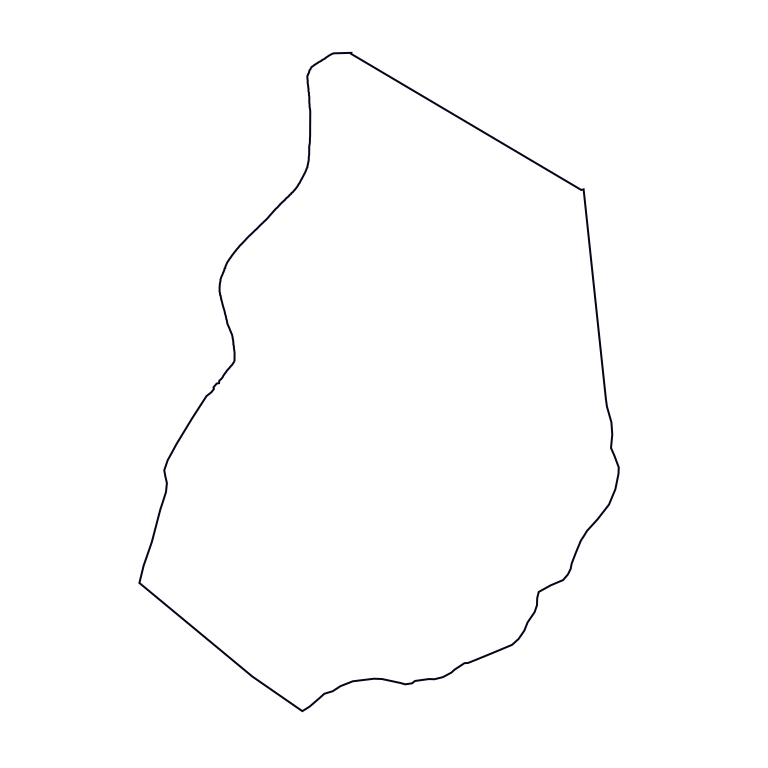 outline of Carriere, Micoud, Saint Lucia, rotated 92°
{"feature_id": "8701671B45853929817808", "entity_name": "Carriere", "entity_type": "district", "adm_level": 2, "iso_a3": "LCA", "parent_name": "Saint Lucia", "parent_adm1": "Micoud", "projection": "albers", "projection_center": [-60.947, 13.836], "detail": "fine", "context": "isolated", "style": "outline", "palette": "ink", "viewbox_px": 768, "rotation_deg": 92, "n_neighbors": 0, "source": "geoboundaries", "source_scale": "gbopen_adm2", "svg_char_len": 4887}
<svg xmlns="http://www.w3.org/2000/svg" viewBox="0 0 768 768"><g transform="rotate(92 384 384)"><path d="M54.2,428.2L55.2,444.4L55.2,445.3L55.6,446.6L55.9,447.5L57.2,449.5L57.7,450.5L58.4,451.3L58.9,452.0L59.4,452.8L60.0,453.5L61.4,455.2L61.7,455.9L62.4,457.1L63.3,458.1L63.9,459.1L64.7,460.6L65.4,461.4L66.1,462.5L66.8,463.5L67.6,464.7L68.9,466.2L69.6,467.3L70.3,467.7L71.3,468.3L72.3,468.6L73.1,469.4L74.0,469.6L76.0,470.0L77.0,470.7L77.8,470.8L78.7,471.3L79.9,471.3L81.2,471.2L82.2,471.1L83.4,470.8L84.6,470.8L85.9,470.8L87.1,470.5L87.9,470.4L89.1,470.1L90.3,470.1L91.1,469.9L91.9,469.7L92.9,469.7L93.9,469.7L94.9,469.5L95.8,469.1L96.8,469.1L97.8,469.1L98.6,468.9L99.6,468.7L100.5,468.6L101.5,468.6L102.3,468.6L103.8,468.5L105.0,468.5L106.3,468.3L107.6,468.1L108.7,468.1L109.7,468.0L110.8,467.8L111.7,467.5L113.2,467.4L114.0,467.2L115.6,467.2L116.9,467.1L118.4,467.1L119.7,467.1L120.8,467.0L121.6,467.0L122.4,467.0L124.0,466.9L124.8,466.9L126.3,466.9L127.8,466.8L129.2,466.8L130.0,466.8L131.4,466.7L132.7,466.7L134.0,466.6L135.2,466.6L136.4,466.6L137.2,466.5L138.4,466.5L139.9,466.5L140.8,466.6L142.3,466.6L143.0,466.5L144.0,466.5L145.8,466.6L146.8,466.6L148.0,466.9L148.9,467.0L150.2,467.0L151.2,467.0L152.4,466.9L153.4,466.9L154.4,466.9L156.4,466.8L157.4,466.8L158.6,466.9L159.5,467.1L160.5,467.1L161.3,467.0L162.1,467.0L163.2,467.1L163.9,467.2L164.8,467.3L165.9,467.6L167.0,467.7L167.9,467.9L168.7,468.1L170.1,468.1L170.9,468.6L172.3,469.1L173.5,469.5L174.8,470.0L176.2,470.6L177.6,471.3L178.9,471.9L180.3,472.6L181.2,473.0L182.2,473.5L183.4,474.2L185.1,474.9L186.1,475.4L186.8,475.9L187.5,476.4L188.2,476.7L188.8,477.0L189.8,477.6L190.9,478.3L191.8,479.0L192.6,479.6L193.5,480.3L194.2,480.9L194.9,481.4L195.9,482.4L196.3,483.1L197.1,483.4L197.8,484.1L198.7,485.2L199.4,485.5L200.1,486.3L200.7,486.8L201.4,487.8L202.5,488.8L203.2,489.1L203.7,489.8L204.9,490.9L205.8,491.9L206.5,492.6L207.2,493.1L207.7,493.9L208.4,494.2L209.4,495.2L210.3,495.8L211.6,497.0L212.4,497.9L213.2,498.7L214.4,499.6L215.2,500.3L216.2,501.2L217.2,501.9L218.0,502.7L219.1,503.5L219.9,504.2L221.7,505.6L222.9,506.6L223.9,507.5L225.5,509.1L226.5,510.1L227.4,510.9L228.8,512.4L230.3,513.8L232.1,515.4L233.2,516.4L233.8,516.9L234.3,517.6L235.1,518.4L235.8,519.0L236.7,519.9L237.9,521.0L239.1,522.2L240.2,523.3L241.2,524.3L242.5,525.5L244.0,526.8L245.0,527.6L245.9,528.4L246.8,529.2L248.0,530.2L248.8,531.0L249.9,532.0L250.9,533.0L252.2,533.9L253.0,534.5L254.3,535.6L255.2,536.3L256.1,536.9L257.5,538.0L258.4,538.6L260.3,540.0L261.0,540.5L262.1,541.1L263.4,542.0L264.7,542.9L266.4,543.9L267.0,544.4L267.7,544.7L268.8,545.3L271.0,546.1L271.8,546.4L272.5,546.7L273.7,546.7L274.2,547.4L275.9,547.6L276.6,548.0L277.4,548.1L278.1,548.6L279.3,548.9L280.1,549.2L281.0,549.6L282.5,550.2L283.4,550.5L285.4,551.1L286.9,551.0L287.7,551.2L289.5,551.5L290.6,551.6L291.4,551.6L292.3,551.6L293.8,551.7L295.0,551.6L296.0,551.6L297.0,551.6L297.9,551.4L299.0,551.0L299.9,551.0L300.9,550.8L301.5,550.3L302.5,550.2L303.2,550.0L304.2,549.7L305.2,549.7L305.9,549.3L307.0,548.9L308.1,548.7L308.9,548.4L311.2,547.8L312.9,547.2L314.4,546.7L315.2,546.4L316.0,546.1L317.6,545.7L318.9,545.4L320.2,545.0L321.9,544.4L323.3,544.1L324.6,543.9L325.2,543.5L326.2,543.3L327.2,543.0L328.1,542.9L328.9,542.7L329.7,542.4L330.9,541.8L331.6,541.5L333.2,540.7L333.9,540.4L334.7,540.0L335.6,539.7L336.8,539.1L338.4,538.4L339.5,537.8L341.2,537.3L342.5,536.9L343.5,536.9L344.7,536.5L345.5,536.3L347.2,536.1L348.0,536.0L349.0,535.9L349.9,535.9L350.8,535.5L351.9,535.3L352.9,535.3L355.2,534.9L357.9,534.4L359.6,534.4L361.3,534.3L363.1,534.3L364.1,534.3L365.0,534.2L365.8,534.2L366.7,534.5L367.5,534.8L368.5,535.5L369.4,536.0L370.1,536.4L370.8,537.1L372.3,538.3L373.9,539.5L374.6,540.2L375.8,541.2L376.5,541.7L377.7,542.3L378.2,542.8L379.0,543.3L379.6,543.7L380.6,544.4L381.4,544.9L382.3,545.2L384.0,546.3L384.6,546.8L386.5,548.7L388.9,548.9L389.4,551.2L390.9,552.4L392.5,553.7L393.3,554.3L394.8,553.8L395.8,554.4L396.7,555.1L397.4,555.6L398.1,556.1L398.7,556.7L402.3,561.0L425.1,574.6L438.3,582.0L451.5,589.4L457.4,592.3L467.7,597.5L477.9,600.6L483.9,599.3L490.6,597.5L499.6,598.1L509.9,601.0L517.0,603.1L550.0,610.5L565.0,615.1L574.0,617.9L591.4,621.5L681.0,505.3L713.8,454.2L709.1,447.2L701.0,438.4L695.7,432.9L692.8,424.5L687.5,417.0L682.2,404.8L678.9,383.8L678.9,375.8L682.2,357.3L683.4,352.3L682.2,345.6L679.7,342.6L677.3,328.8L677.3,323.3L674.9,314.9L670.0,306.5L667.1,303.6L660.2,293.9L659.8,290.1L650.8,270.0L640.2,246.9L634.1,240.6L625.5,235.1L617.3,232.2L606.7,225.5L599.8,223.4L592.5,223.4L586.4,222.1L579.4,210.4L573.7,198.2L568.0,193.6L562.3,191.0L557.0,190.2L546.0,186.4L533.7,181.8L528.9,178.9L523.6,175.9L511.7,165.8L496.6,154.9L481.1,149.1L465.6,146.5L459.1,146.5L447.7,151.2L440.0,154.9L426.5,154.1L414.3,155.4L398.8,160.4L391.4,161.7L182.5,191.3L183.2,193.6L55.2,428.4L54.2,428.2Z" fill="none" stroke="#020617" stroke-width="2"/></g></svg>